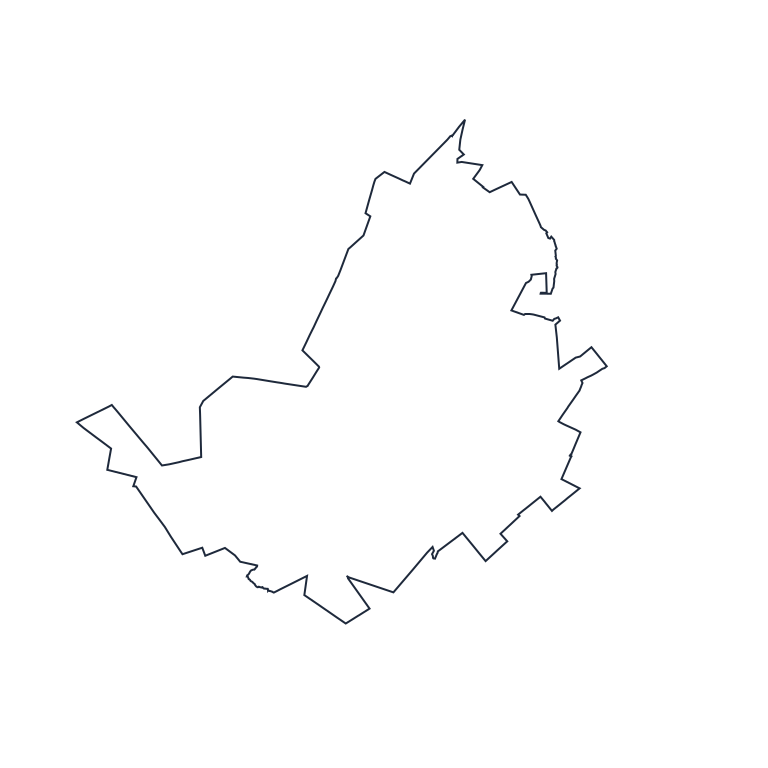 Carbó, Sonora, Mexico (Mercator projection), rotated 308°
{"feature_id": "50627088B75873574632093", "entity_name": "Carbó", "entity_type": "district", "adm_level": 2, "iso_a3": "MEX", "parent_name": "Mexico", "parent_adm1": "Sonora", "projection": "mercator", "projection_center": [-111.077, 29.739], "detail": "fine", "context": "isolated", "style": "outline", "palette": "slate", "viewbox_px": 768, "rotation_deg": 308, "n_neighbors": 0, "source": "geoboundaries", "source_scale": "gbopen_adm2", "svg_char_len": 5818}
<svg xmlns="http://www.w3.org/2000/svg" viewBox="0 0 768 768"><g transform="rotate(308 384 384)"><path d="M642.2,285.1L633.0,284.8L623.2,285.0L622.8,285.0L622.6,285.1L622.1,284.9L621.8,284.9L621.5,285.0L621.6,284.5L621.4,284.4L621.1,284.3L620.6,284.2L620.4,284.0L620.2,283.7L615.5,283.5L568.3,278.1L564.5,279.2L557.9,281.1L557.2,278.2L557.0,277.2L556.9,276.8L556.3,274.4L556.2,274.2L555.0,268.9L553.0,260.7L551.4,253.8L540.4,251.0L537.5,251.9L533.9,253.3L529.4,255.2L519.7,259.1L507.2,264.3L507.7,270.0L488.4,276.4L477.7,274.5L470.8,273.3L468.5,272.8L446.9,279.6L441.4,281.2L441.1,281.3L440.3,281.4L438.2,281.5L437.9,281.5L437.6,281.3L435.2,282.4L429.4,283.8L421.2,285.6L416.8,286.6L412.7,287.5L406.1,288.9L400.9,290.1L392.3,292.0L385.5,293.6L382.9,294.1L377.0,295.3L369.1,297.1L360.3,299.0L358.0,319.1L357.7,321.4L357.7,321.9L357.4,322.4L357.2,322.7L356.7,322.8L356.4,322.8L355.9,322.9L354.5,323.0L351.4,323.3L345.2,324.0L336.8,324.8L335.3,325.0L334.7,324.6L333.8,324.3L323.2,305.5L321.6,302.5L320.6,300.7L319.5,298.8L319.4,298.6L315.7,291.9L309.8,281.1L308.2,278.3L305.0,273.1L302.6,269.5L296.7,260.2L293.4,259.5L278.2,256.1L259.3,252.0L257.7,252.3L252.3,253.2L246.7,257.9L225.8,275.1L213.9,284.9L203.2,276.2L199.0,272.7L196.2,270.6L188.6,264.3L187.4,263.2L183.1,259.2L188.2,237.0L189.7,229.7L194.2,208.6L196.9,196.4L198.0,191.4L199.0,186.6L199.1,185.9L199.9,182.4L196.7,181.0L171.3,168.7L164.7,165.6L164.4,174.4L164.7,190.1L164.9,197.7L165.1,208.7L157.1,212.9L146.0,218.8L158.2,246.3L149.1,249.4L150.6,251.8L141.1,282.1L138.3,292.5L136.4,299.4L132.5,309.9L126.8,326.9L125.8,330.0L143.1,341.6L138.6,348.9L156.9,359.6L157.2,372.1L156.1,377.1L155.8,378.4L155.4,380.1L162.9,395.8L162.6,396.0L162.3,396.2L162.0,396.3L161.5,396.3L161.0,396.1L160.4,396.2L159.9,396.1L159.3,396.2L158.9,396.1L158.4,396.2L157.9,396.1L157.7,395.7L157.2,395.2L156.7,394.9L156.2,394.6L155.4,394.1L154.7,394.0L153.8,394.0L152.9,394.1L152.5,394.2L152.0,394.3L151.6,394.4L150.9,394.4L149.8,394.3L149.0,394.0L147.9,394.4L148.3,394.9L148.3,395.0L148.3,395.3L148.2,395.5L147.9,396.0L147.5,396.6L147.3,397.1L147.3,397.3L147.2,397.4L147.0,397.5L147.0,397.8L147.2,398.8L146.9,399.6L146.7,400.0L146.7,400.6L146.8,401.0L147.0,402.0L146.9,402.8L146.7,403.8L146.7,404.3L146.8,405.0L146.7,405.4L146.3,406.0L146.2,406.5L146.0,407.0L145.8,408.0L145.9,408.4L145.9,409.3L146.2,409.7L146.7,410.1L146.9,410.1L147.1,410.1L147.2,410.3L147.4,410.7L147.4,411.0L148.3,412.9L148.8,413.0L149.1,413.2L149.1,413.4L149.1,413.5L148.9,413.7L148.8,413.8L148.9,415.4L149.2,415.7L149.4,415.9L149.5,416.2L149.5,416.3L149.8,416.6L149.9,416.9L150.2,417.4L150.4,417.6L150.7,418.0L151.0,418.5L150.9,418.6L150.7,418.9L150.4,419.2L150.1,419.5L149.8,419.8L150.0,419.8L150.3,420.1L150.3,420.3L150.3,420.7L150.3,421.1L150.8,421.8L151.0,422.4L151.3,423.3L151.6,424.0L151.5,424.3L151.7,425.2L151.8,425.6L153.5,426.4L155.2,427.2L158.5,428.7L167.7,433.1L169.6,434.0L169.8,434.1L185.4,441.5L179.0,445.2L175.2,447.4L171.2,449.7L168.6,451.2L169.4,463.3L170.6,483.4L171.0,490.5L171.7,501.3L173.0,501.8L185.7,506.4L186.1,506.6L198.1,510.9L208.7,475.3L209.3,474.7L209.6,474.3L209.7,473.6L209.8,473.6L210.0,475.4L211.4,479.4L225.6,519.7L255.0,521.0L277.6,521.8L285.5,522.6L283.3,526.0L279.5,526.6L278.7,528.2L277.5,529.4L277.2,529.7L277.1,529.9L277.0,530.2L277.1,530.6L277.4,530.9L277.8,531.7L278.5,531.5L279.2,531.3L280.7,530.9L281.6,530.6L282.5,530.4L282.9,530.3L283.2,530.3L283.5,530.3L283.8,530.2L284.6,529.8L285.2,529.6L285.3,529.5L285.5,529.5L286.0,529.7L315.0,537.5L311.5,553.2L309.3,562.8L307.0,573.1L320.2,575.3L322.7,575.7L330.8,577.1L333.7,577.6L335.9,578.0L337.7,568.0L363.4,572.1L363.6,570.1L367.9,571.1L370.9,571.8L372.0,572.1L391.5,576.7L390.2,582.6L390.1,583.1L389.8,584.2L387.4,594.5L389.0,594.7L403.8,598.2L407.7,599.0L409.3,599.4L419.6,601.8L422.2,602.4L418.3,582.4L441.5,576.3L441.8,576.3L442.1,576.3L441.9,574.6L443.0,574.5L443.1,574.9L443.5,575.1L443.6,574.8L445.6,574.4L450.4,573.1L454.3,572.0L466.9,568.6L466.0,563.1L464.2,555.7L463.6,553.3L462.9,550.2L462.1,545.7L462.0,544.3L466.4,544.0L468.9,543.8L470.5,543.7L478.1,543.3L479.5,543.1L488.0,542.7L492.9,542.4L499.4,542.1L499.6,542.0L499.8,541.9L500.1,541.8L503.4,540.9L504.7,540.4L507.0,539.8L508.3,537.2L512.6,539.3L514.6,540.2L518.0,542.0L520.0,542.9L524.0,544.6L527.4,545.7L530.4,546.7L532.3,548.0L535.1,548.6L539.2,531.3L540.7,524.8L526.4,521.6L522.8,518.8L503.9,512.7L527.0,491.6L536.3,482.5L541.9,483.6L542.3,483.7L543.8,480.2L541.4,479.0L540.2,478.1L537.7,478.0L534.7,470.6L535.3,469.5L530.8,459.1L530.1,457.8L528.9,455.8L526.0,452.1L524.6,451.7L520.4,439.1L551.0,433.7L553.6,435.0L556.7,435.4L559.9,434.0L560.8,432.9L571.1,443.5L556.0,456.1L552.6,451.5L552.2,451.5L551.6,451.8L556.4,458.0L557.8,459.9L563.0,458.1L564.3,458.2L569.9,454.8L571.6,453.3L574.0,452.4L575.8,451.7L576.3,451.5L577.7,450.1L579.8,449.3L580.4,449.2L580.6,449.0L580.7,448.9L581.0,448.9L581.3,448.8L581.5,448.9L582.2,449.1L582.5,449.0L582.7,448.9L582.7,448.6L583.2,448.1L583.4,447.3L583.7,447.0L584.1,446.8L584.4,446.8L584.6,446.6L584.8,446.4L584.9,446.1L585.9,445.4L587.6,444.5L587.9,444.4L588.3,443.4L588.5,442.3L589.3,441.8L589.6,441.3L589.8,441.0L589.9,440.7L590.0,440.7L590.3,440.7L590.7,440.6L594.6,436.8L596.9,436.8L597.9,435.3L597.9,435.2L598.3,434.6L598.4,434.3L598.6,434.0L599.0,433.8L599.3,433.2L599.9,432.3L600.3,431.7L600.8,431.2L601.0,430.7L601.3,430.2L601.7,429.9L602.0,429.7L602.3,429.4L603.1,425.1L600.8,425.3L600.2,423.6L602.7,419.1L604.0,419.2L604.5,416.9L604.0,415.1L604.2,411.1L605.0,410.0L606.2,407.8L610.6,399.3L617.6,386.0L618.8,383.6L620.4,379.2L617.0,374.5L621.8,360.2L605.4,351.8L600.2,349.2L599.8,340.9L600.4,340.9L600.6,328.0L611.2,327.7L612.6,327.5L617.0,326.7L606.8,308.5L603.6,305.5L606.6,303.3L614.0,305.6L614.9,299.1L623.6,293.7L633.0,289.2L642.2,285.1Z" fill="none" stroke="#1e293b" stroke-width="2"/></g></svg>